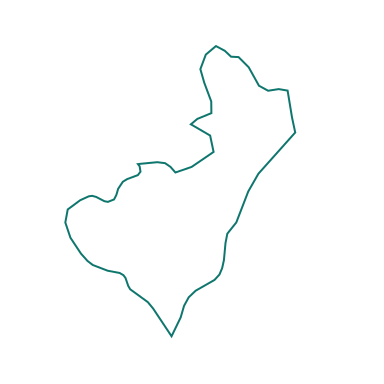 the border of Cova Lima, rotated 335°
{"feature_id": "TLS-548", "entity_name": "Cova Lima", "entity_type": "District", "adm_level": 1, "iso_a3": "TLS", "parent_name": "East Timor", "parent_adm1": "", "projection": "natural_earth1", "projection_center": [125.199, -9.26], "detail": "fine", "context": "isolated", "style": "outline", "palette": "teal", "viewbox_px": 384, "rotation_deg": 335, "n_neighbors": 0, "source": "natural_earth", "source_scale": "10m", "svg_char_len": 995}
<svg xmlns="http://www.w3.org/2000/svg" viewBox="0 0 384 384"><g transform="rotate(335 192 192)"><path d="M150.1,153.8L153.9,151.8L155.4,146.6L154.8,143.9L157.3,144.7L173.1,150.3L179.8,154.5L183.1,160.1L185.2,167.3L202.3,169.1L228.5,164.8L232.3,148.5L219.6,130.2L227.7,128.0L242.9,128.7L247.7,118.1L249.3,98.1L251.5,84.2L262.6,73.3L274.8,70.0L275.4,69.9L281.4,77.9L284.6,85.9L291.2,89.4L296.1,102.9L297.6,124.0L303.8,132.4L314.1,135.4L321.5,140.5L314.1,166.9L310.7,181.7L259.9,203.5L243.2,215.3L219.3,238.3L206.4,244.7L200.8,252.4L192.1,267.3L187.1,273.8L182.0,278.4L175.3,281.2L153.6,283.0L144.6,286.0L136.7,291.8L128.7,300.9L112.5,314.1L107.5,281.1L105.4,273.1L94.9,254.1L94.5,250.3L95.4,241.8L94.7,238.4L92.2,234.8L82.3,227.7L71.2,216.2L68.1,210.2L65.3,200.8L62.5,182.1L64.3,166.1L72.0,155.3L87.2,152.2L96.7,152.3L99.9,153.3L103.1,156.0L108.7,163.3L111.6,165.4L118.2,165.8L122.2,162.7L126.4,157.9L133.6,153.5L138.7,152.9L150.1,153.8Z" fill="none" stroke="#0f766e" stroke-width="2"/></g></svg>